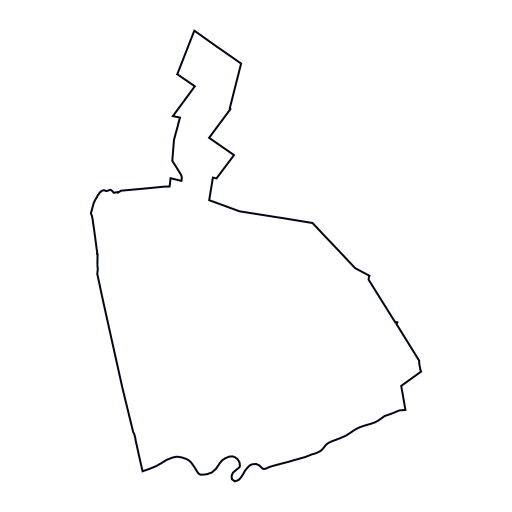 the district of Jirlau, Braila, Romania
{"feature_id": "2599482B33661790192298", "entity_name": "Jirlau", "entity_type": "district", "adm_level": 2, "iso_a3": "ROU", "parent_name": "Romania", "parent_adm1": "Braila", "projection": "mercator", "projection_center": [27.193, 45.161], "detail": "fine", "context": "isolated", "style": "outline", "palette": "ink", "viewbox_px": 512, "rotation_deg": 0, "n_neighbors": 0, "source": "geoboundaries", "source_scale": "gbopen_adm2", "svg_char_len": 2920}
<svg xmlns="http://www.w3.org/2000/svg" viewBox="0 0 512 512"><path d="M202.9,474.7L207.0,474.2L211.8,472.5L215.7,469.1L218.4,465.3L219.9,463.0L221.0,461.7L222.1,460.4L225.2,458.3L229.3,456.6L232.5,456.4L234.7,457.1L237.5,459.1L239.5,462.3L239.9,465.6L239.7,466.9L238.6,468.0L236.1,470.0L233.0,472.6L232.0,474.7L231.6,476.3L232.0,479.3L234.7,481.3L237.4,480.5L239.1,479.6L241.1,477.2L242.8,474.7L244.8,471.0L246.6,468.7L248.8,466.3L250.2,465.1L252.7,464.2L256.2,464.0L259.3,465.4L262.1,468.1L262.6,468.6L264.2,469.0L265.9,468.6L269.6,466.9L275.5,465.2L285.4,462.6L288.3,461.9L291.2,461.0L305.3,457.0L307.3,456.2L309.2,455.5L311.8,454.4L314.8,453.6L317.4,452.6L318.2,452.2L320.6,450.9L322.5,449.2L324.2,447.1L325.9,444.9L327.7,443.4L329.9,442.2L332.6,441.0L333.5,440.7L335.7,439.9L340.6,438.0L345.6,435.8L350.1,433.0L353.4,430.7L356.4,428.9L359.2,427.5L362.7,426.2L366.6,425.0L371.2,423.7L375.3,422.2L378.4,420.5L381.9,418.0L384.7,416.0L389.8,414.3L394.7,412.4L398.5,410.7L400.3,410.3L401.0,410.3L405.4,409.9L402.9,395.4L401.2,385.9L421.1,371.6L420.2,369.0L420.2,368.8L419.4,364.5L419.1,361.9L419.3,360.9L396.5,324.1L397.4,322.3L397.2,322.2L396.3,322.1L395.3,322.4L392.2,317.5L368.6,279.7L368.9,277.0L369.5,275.8L355.8,268.5L355.1,268.1L346.1,258.6L344.5,256.8L321.7,232.8L316.4,227.1L313.8,224.4L312.5,223.0L291.2,219.5L281.5,217.9L276.1,217.1L239.5,211.3L209.2,200.2L212.4,180.6L212.5,179.8L212.9,177.6L216.5,178.4L234.0,155.1L209.1,137.8L230.2,109.4L230.4,109.0L229.7,108.6L241.1,63.6L228.3,54.6L217.4,47.1L207.0,39.7L206.9,39.6L194.5,30.8L194.3,30.7L177.5,73.7L177.2,74.2L194.8,86.3L172.9,116.1L180.0,117.6L177.9,125.1L177.9,125.6L175.9,132.7L174.0,139.8L173.0,151.9L172.3,160.9L175.7,166.2L178.4,170.5L180.6,174.1L181.5,175.9L181.8,177.6L181.7,179.3L181.4,180.9L170.6,178.2L169.6,186.5L167.6,186.6L164.5,186.6L158.6,187.2L146.3,188.4L121.0,190.7L119.6,191.6L118.6,192.2L117.9,192.6L117.6,192.1L113.8,192.8L111.8,190.6L110.8,189.9L109.9,189.9L108.8,190.3L106.5,191.1L105.4,190.8L104.7,190.4L104.0,190.2L102.5,190.6L102.1,190.7L101.6,191.0L101.0,191.4L100.5,192.1L99.8,192.4L98.9,193.9L98.3,194.6L97.5,195.7L97.1,196.9L95.4,199.5L93.7,203.1L92.3,208.2L90.9,213.3L91.4,214.6L91.9,215.9L92.2,217.2L92.8,220.4L93.0,222.0L93.4,224.9L94.5,232.5L94.5,232.9L95.2,237.6L95.5,240.1L97.1,252.1L97.1,253.5L97.3,253.4L97.6,253.9L97.4,262.7L97.5,266.8L97.8,268.4L97.5,272.4L97.2,273.6L98.0,277.2L101.0,291.3L101.4,293.3L104.1,305.6L122.4,387.9L127.3,408.0L133.1,431.8L134.4,434.5L134.5,434.9L135.3,438.1L135.5,439.7L136.3,443.4L137.1,447.0L139.9,459.7L141.2,465.3L142.0,468.8L142.1,469.2L142.6,471.3L142.9,471.2L144.2,470.7L147.9,469.4L150.2,468.6L154.7,466.7L155.9,466.3L160.0,463.9L160.8,463.5L161.9,462.8L166.6,459.9L172.4,457.6L176.0,456.8L178.4,456.8L182.0,457.5L186.4,459.0L188.8,460.4L191.0,462.3L194.3,466.9L196.1,469.9L198.1,473.1L200.3,474.7L201.0,474.7L202.9,474.7Z" fill="none" stroke="#020617" stroke-width="2"/></svg>